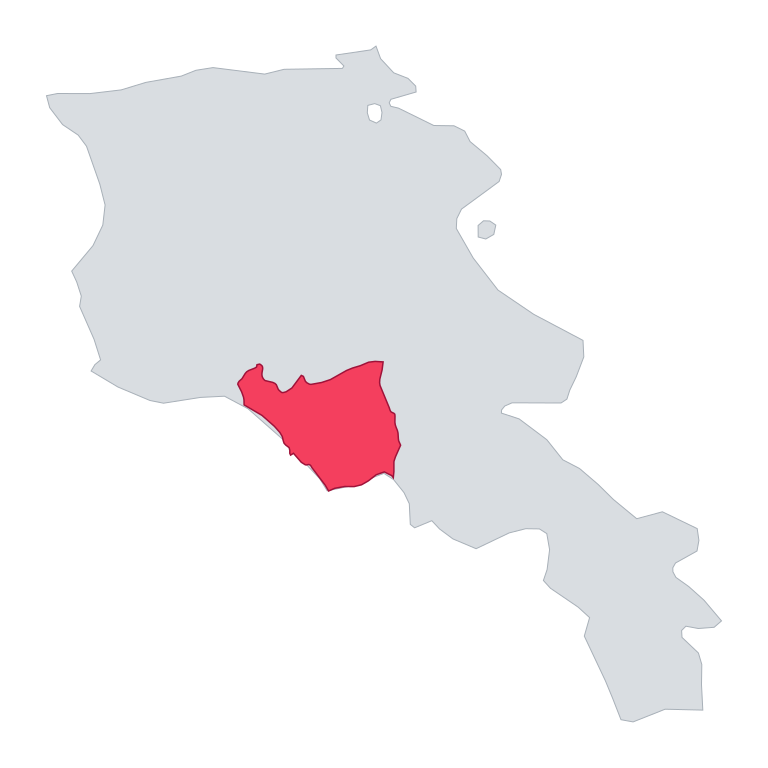 location of Ararat within Armenia
{"feature_id": "ARM-1671", "entity_name": "Ararat", "entity_type": "Province", "adm_level": 1, "iso_a3": "ARM", "parent_name": "Armenia", "parent_adm1": "", "projection": "albers", "projection_center": [44.713, 39.934], "detail": "fine", "context": "in_parent", "style": "filled", "palette": "rose", "viewbox_px": 768, "rotation_deg": 0, "n_neighbors": 0, "source": "natural_earth", "source_scale": "10m", "svg_char_len": 3242}
<svg xmlns="http://www.w3.org/2000/svg" viewBox="0 0 768 768"><path d="M327.2,490.8L319.8,478.8L282.6,439.2L248.1,408.8L224.5,396.2L200.6,397.4L163.5,403.2L150.0,400.5L117.9,387.0L91.1,371.0L94.9,364.6L100.6,359.9L94.1,339.4L79.6,306.4L81.3,296.1L76.7,281.9L71.7,271.1L93.0,245.6L102.8,225.1L105.1,205.0L99.8,184.1L86.5,146.2L78.2,135.1L62.6,124.6L49.7,107.7L46.5,95.7L57.6,93.5L89.9,93.6L121.2,89.9L145.8,82.4L181.3,76.1L195.9,70.3L213.0,67.6L264.7,74.1L284.1,69.3L342.4,68.4L343.9,66.0L336.0,58.0L336.0,55.0L370.7,49.9L376.0,46.1L380.6,58.7L393.7,72.8L408.0,78.4L415.7,86.1L416.1,92.0L390.9,99.3L389.2,102.8L390.8,106.3L398.4,108.1L433.8,125.5L454.0,125.8L464.7,131.1L470.1,141.6L487.1,155.8L500.7,169.6L501.5,174.4L499.1,181.5L461.5,209.1L456.8,218.6L456.3,228.5L473.2,258.0L498.0,290.1L533.7,314.3L583.0,340.4L583.8,356.9L576.3,376.6L569.8,390.1L566.9,399.1L561.0,403.0L512.1,402.8L504.8,406.0L501.6,409.9L501.4,413.1L519.1,418.9L546.8,439.7L562.8,459.8L579.5,468.5L598.2,484.5L613.3,499.4L636.7,518.7L662.4,511.8L697.2,528.6L698.9,540.4L697.0,551.0L675.5,563.0L672.8,567.8L672.9,571.8L675.9,577.4L688.8,586.6L704.1,600.3L721.5,620.9L714.1,627.3L698.3,628.5L685.9,626.2L681.6,630.5L682.0,637.4L698.4,653.0L701.8,664.5L701.5,684.7L702.8,710.1L665.1,709.2L633.1,721.9L621.0,719.7L612.6,698.2L605.4,680.8L584.3,636.1L589.6,617.6L578.1,607.1L550.5,588.3L543.4,580.5L547.1,569.6L549.6,549.7L546.8,533.6L539.4,528.9L525.7,528.7L509.2,532.9L476.1,548.7L452.9,538.9L439.6,529.0L431.8,520.7L414.6,527.8L410.3,524.4L409.3,503.7L404.0,492.6L393.6,479.6L383.9,473.4L348.6,486.4L327.2,490.8ZM381.0,119.9L382.0,112.5L380.4,105.7L374.7,103.6L367.8,105.4L367.3,112.8L369.5,120.0L376.4,123.1L381.0,119.9ZM493.8,234.4L485.8,239.0L478.2,237.0L478.1,225.5L483.5,220.8L489.8,221.0L495.8,225.1L493.8,234.4Z" fill="#d9dde1" stroke="#a8b0b8" stroke-width="1"/><path d="M393.3,477.7L391.7,475.6L384.3,471.9L376.3,474.7L368.3,480.9L367.1,481.6L361.5,484.8L354.1,486.6L344.7,486.5L334.7,488.3L328.6,491.0L325.3,485.3L312.1,467.9L310.8,465.7L309.8,464.8L308.8,464.5L306.4,464.9L305.3,464.8L301.3,462.3L293.5,453.3L290.6,455.1L289.8,453.4L289.8,450.3L289.1,447.6L285.9,445.2L284.1,443.3L283.3,440.9L282.3,436.6L279.9,432.5L274.4,426.3L262.0,415.4L244.1,404.9L244.1,404.6L244.0,399.9L243.5,397.1L241.6,391.8L237.8,384.3L238.0,383.1L239.1,381.3L242.0,378.7L245.2,373.5L246.7,371.8L248.7,370.5L254.6,368.2L256.5,367.1L257.0,364.7L259.6,364.1L260.5,364.5L262.0,365.8L262.5,366.8L262.7,368.1L262.6,369.4L262.0,372.8L261.9,374.4L262.0,375.4L262.2,376.5L262.7,377.7L263.4,378.9L264.2,379.8L264.7,380.3L265.2,380.6L272.8,382.4L274.9,383.4L276.3,384.7L278.2,389.2L278.7,389.9L279.4,390.6L281.5,392.4L282.3,392.6L283.5,392.5L286.1,391.8L291.9,388.0L301.3,375.4L303.4,376.4L305.4,381.3L306.9,382.8L309.5,384.2L311.0,384.4L321.6,382.5L330.4,379.6L346.5,370.5L352.6,368.0L360.3,365.7L368.6,362.2L375.1,361.4L383.1,361.9L382.1,369.9L379.8,379.2L379.6,382.7L380.0,385.4L389.2,407.6L390.0,410.1L390.5,411.1L391.0,411.8L391.6,412.2L393.9,413.3L394.8,414.2L395.0,416.0L394.9,422.3L395.3,424.9L396.1,427.3L397.4,430.5L398.0,433.0L398.4,439.0L398.7,440.9L400.6,445.2L395.5,456.7L394.0,461.2L393.9,462.2L393.9,471.5L393.3,477.7Z" fill="#f43f5e" stroke="#9f1239" stroke-width="1.5"/></svg>